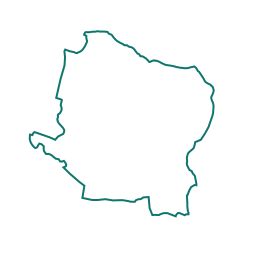 outline of Domasnea, Caras-Severin, Romania, rotated 292°
{"feature_id": "2599482B60620901079337", "entity_name": "Domasnea", "entity_type": "district", "adm_level": 2, "iso_a3": "ROU", "parent_name": "Romania", "parent_adm1": "Caras-Severin", "projection": "albers", "projection_center": [22.344, 45.088], "detail": "fine", "context": "isolated", "style": "outline", "palette": "teal", "viewbox_px": 256, "rotation_deg": 292, "n_neighbors": 0, "source": "geoboundaries", "source_scale": "gbopen_adm2", "svg_char_len": 4211}
<svg xmlns="http://www.w3.org/2000/svg" viewBox="0 0 256 256"><g transform="rotate(292 128 128)"><path d="M194.8,193.5L195.8,192.8L197.8,191.2L197.9,190.6L198.2,190.3L198.5,189.0L199.0,188.3L199.1,187.8L199.1,186.7L199.2,185.3L199.5,183.5L199.7,182.7L199.9,182.3L200.1,181.9L201.0,180.8L202.2,179.4L204.1,176.7L205.2,175.1L206.3,173.5L206.7,172.8L206.9,172.1L207.0,171.4L208.5,169.6L209.2,168.6L209.6,167.6L209.7,167.1L209.9,166.3L208.9,165.2L208.5,164.6L207.8,163.3L206.6,162.0L206.2,161.4L205.4,160.0L205.0,158.8L204.5,157.8L204.0,155.4L203.7,154.6L203.4,153.8L203.3,153.1L203.1,151.7L202.7,150.4L202.6,149.6L202.6,148.4L202.3,146.8L201.7,143.6L201.1,141.5L200.8,139.9L200.6,139.0L200.6,138.8L200.7,136.3L200.8,134.3L201.1,132.7L201.1,129.6L200.9,128.7L200.7,128.5L200.6,128.2L200.5,127.9L200.6,127.5L200.5,127.0L200.4,126.7L199.4,125.4L197.5,123.6L197.2,123.0L197.4,122.4L198.1,121.3L198.8,119.5L199.3,118.5L199.4,117.8L199.4,117.6L199.5,116.7L199.8,115.9L199.8,114.5L199.7,113.8L199.3,113.1L199.2,112.8L199.2,112.6L199.3,112.4L199.5,112.2L200.0,111.6L200.3,111.2L200.5,110.6L200.7,110.1L200.6,109.5L200.6,108.9L201.3,107.6L202.4,105.7L203.2,104.6L203.7,103.5L204.0,102.1L204.2,101.1L203.9,99.6L203.9,99.3L203.8,98.1L204.3,96.2L204.2,95.6L203.8,94.9L203.5,94.2L203.6,93.2L203.5,92.6L203.7,92.3L204.0,91.8L204.0,91.2L203.9,90.4L204.0,89.0L204.1,88.6L204.2,87.6L204.4,86.9L204.4,86.0L204.7,84.8L205.3,83.3L206.7,80.4L207.8,78.8L207.9,78.6L208.3,77.8L208.3,76.6L208.3,75.1L208.5,74.4L209.1,73.6L209.4,73.0L208.5,69.9L208.0,68.5L207.9,68.3L206.9,66.0L206.7,64.9L206.3,63.4L205.0,61.5L204.6,60.7L204.4,59.9L203.9,58.9L203.2,57.7L202.4,56.4L202.0,55.4L201.6,54.4L201.1,53.0L200.5,52.5L199.6,52.3L198.3,52.3L198.0,52.4L197.9,53.1L198.0,53.8L197.9,54.5L197.7,54.9L197.0,55.1L196.0,55.6L194.8,56.3L194.2,56.7L193.8,57.2L192.9,57.7L187.9,57.5L184.5,56.8L184.1,56.7L181.9,55.8L180.2,54.4L179.8,53.9L179.4,53.4L178.6,53.0L178.4,52.8L178.1,51.9L178.0,51.3L178.1,50.1L178.1,49.3L178.0,48.9L177.9,48.4L177.6,46.4L177.3,45.4L177.3,44.2L177.3,43.7L177.2,40.4L175.4,40.3L169.8,43.2L162.2,45.7L148.3,47.1L129.0,50.2L129.4,55.2L129.2,56.2L124.0,57.0L123.2,57.8L122.3,58.5L121.3,59.1L120.3,59.6L118.4,59.6L116.3,59.4L116.0,59.3L115.5,58.8L115.0,58.4L114.3,58.2L113.7,58.1L111.9,59.0L111.0,59.1L110.0,59.1L109.1,59.4L108.7,60.0L107.7,60.4L107.0,61.4L106.5,62.1L106.0,62.9L105.9,63.3L103.6,67.9L102.5,69.3L102.0,69.7L101.4,70.0L100.8,70.1L100.1,70.2L98.3,70.2L94.0,66.4L89.8,64.9L90.0,58.7L89.2,42.9L88.4,42.4L87.5,42.1L86.5,42.0L85.6,42.0L85.2,39.6L81.2,40.9L80.6,41.3L80.0,41.7L79.4,42.2L78.8,42.7L78.1,43.3L77.5,44.1L76.9,44.8L76.4,45.6L75.9,46.5L75.5,47.3L75.1,48.2L74.8,49.1L74.7,49.5L75.4,50.5L75.5,50.6L75.9,50.8L76.5,51.1L76.9,51.1L77.6,51.1L78.1,51.1L80.4,51.7L80.6,53.8L79.5,56.8L76.8,57.7L75.2,58.7L73.2,61.7L74.3,64.3L74.2,67.0L72.5,72.3L73.1,75.3L71.6,77.6L72.1,79.3L73.5,80.9L72.3,83.0L70.7,84.5L69.7,84.8L69.0,84.5L68.4,84.0L67.8,83.5L67.3,82.9L64.0,90.8L59.9,102.7L58.1,109.2L46.1,111.9L47.8,121.6L49.9,126.9L53.5,133.6L55.2,141.1L58.8,149.3L59.0,150.0L59.6,152.1L60.0,154.1L60.4,156.1L60.7,158.2L62.1,161.9L64.0,162.4L65.6,164.0L66.9,166.5L69.4,168.2L71.7,173.0L61.9,178.0L56.4,183.2L57.4,185.1L58.9,189.3L59.9,190.1L60.8,191.0L61.6,192.0L62.4,193.0L62.7,193.5L63.8,196.4L64.0,205.3L64.8,205.2L65.6,205.3L66.4,205.5L67.2,205.8L67.7,206.1L68.4,207.2L68.4,213.3L69.7,214.2L70.7,216.4L72.2,215.8L72.5,215.4L72.9,215.0L73.5,214.6L74.2,214.2L75.4,213.5L76.7,212.8L78.1,212.1L79.1,211.7L80.5,211.3L81.4,210.7L84.3,209.5L85.2,208.9L85.5,208.7L87.7,208.0L87.8,208.3L93.1,208.2L96.9,208.7L98.3,209.7L100.0,211.0L100.6,212.6L100.6,212.8L101.7,212.4L104.6,210.6L108.1,208.3L108.6,207.9L109.2,207.0L109.8,205.6L110.9,204.1L111.7,203.6L112.1,201.8L112.0,200.9L113.6,199.0L115.3,197.1L115.6,196.7L117.2,195.8L119.6,195.2L120.4,194.7L121.6,194.1L122.9,193.6L126.2,193.2L127.9,193.4L133.8,196.4L134.9,196.3L136.2,196.3L137.5,196.1L138.8,195.9L140.1,195.6L144.3,199.9L148.0,200.7L151.7,201.4L155.4,201.9L159.1,202.3L171.2,201.7L174.0,201.2L180.2,199.2L181.8,198.3L182.8,197.6L183.7,196.8L184.6,195.9L185.4,195.0L187.7,193.6L189.5,193.7L191.2,193.8L193.0,193.7L194.8,193.5Z" fill="none" stroke="#0f766e" stroke-width="2"/></g></svg>